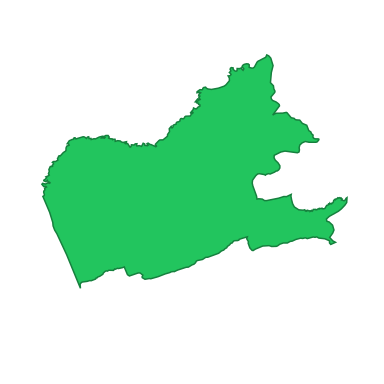 Madimba, Bas-Congo, Democratic Republic of the Congo, rotated 68°
{"feature_id": "63176286B8336769847246", "entity_name": "Madimba", "entity_type": "district", "adm_level": 2, "iso_a3": "COD", "parent_name": "Democratic Republic of the Congo", "parent_adm1": "Bas-Congo", "projection": "equal_earth", "projection_center": [15.601, -5.373], "detail": "fine", "context": "isolated", "style": "filled", "palette": "green", "viewbox_px": 384, "rotation_deg": 68, "n_neighbors": 0, "source": "geoboundaries", "source_scale": "gbopen_adm2", "svg_char_len": 5968}
<svg xmlns="http://www.w3.org/2000/svg" viewBox="0 0 384 384"><g transform="rotate(68 192 192)"><path d="M99.9,140.1L99.5,141.9L99.9,143.1L100.7,143.6L101.0,144.4L100.1,146.3L100.9,149.7L101.8,150.2L102.3,147.6L103.3,146.8L103.9,148.8L105.3,149.8L106.1,148.8L107.0,150.2L109.3,149.8L109.3,151.3L108.2,151.3L107.8,151.8L109.5,154.9L110.0,153.0L110.6,154.4L111.4,154.0L112.2,152.7L113.3,153.1L114.3,152.0L115.4,152.5L115.6,154.8L116.5,156.5L116.3,157.5L114.7,159.1L115.9,159.9L118.3,164.2L118.2,161.6L118.7,161.3L119.2,161.8L119.6,163.5L120.9,165.1L119.4,169.4L119.5,170.3L120.8,172.0L120.8,173.0L120.0,173.9L119.8,174.9L120.3,175.8L121.6,176.5L121.9,178.4L121.5,179.5L122.1,180.8L123.2,181.4L122.9,183.5L123.3,184.8L124.2,184.9L125.1,186.0L124.9,186.7L123.4,186.7L124.8,189.4L127.6,190.2L129.5,193.1L131.1,193.9L132.8,199.4L131.7,202.3L132.0,203.6L134.0,208.0L134.8,208.4L135.7,207.7L136.3,207.8L136.5,208.6L132.7,212.2L132.1,213.2L130.3,214.3L130.2,215.2L130.4,215.7L132.2,215.2L132.4,216.0L131.1,218.3L129.7,217.9L128.5,219.0L130.8,221.7L129.3,223.4L128.7,225.9L128.0,226.0L126.6,225.0L126.1,226.6L126.7,228.2L125.5,230.5L127.1,231.6L127.3,232.3L126.9,232.8L123.0,233.5L122.2,235.7L121.7,235.9L121.6,234.4L120.8,233.9L120.2,237.4L119.2,238.7L117.8,239.4L116.5,241.8L116.3,244.2L114.3,243.6L113.7,244.9L113.7,246.1L112.8,246.1L112.1,247.7L110.8,249.1L110.0,248.2L108.2,248.6L107.3,250.8L107.5,251.6L107.3,253.0L108.1,253.1L109.0,252.3L109.3,253.2L108.5,254.0L108.0,255.6L107.3,254.5L106.7,254.4L106.3,257.5L106.6,261.7L105.9,262.8L105.6,265.8L104.5,265.6L103.9,267.4L102.1,267.1L101.9,268.4L102.8,269.8L100.8,271.0L100.0,272.2L99.3,279.5L98.9,280.3L97.9,280.1L97.6,281.0L98.7,282.5L98.4,283.4L98.5,286.6L100.5,289.6L101.2,288.4L102.6,288.4L102.6,291.0L104.0,292.3L106.1,293.2L106.7,293.9L107.2,296.5L109.2,300.6L108.6,301.6L109.0,302.5L109.7,302.7L110.4,304.1L112.2,304.4L112.6,307.0L111.8,309.2L112.3,310.4L113.3,309.7L114.2,309.9L114.9,311.5L115.9,311.6L116.0,312.4L115.5,312.8L115.3,313.9L117.6,316.3L119.4,316.6L121.3,318.3L122.8,318.0L123.2,319.5L123.2,321.8L124.2,321.4L125.1,323.0L125.5,324.9L126.0,325.2L127.7,323.6L127.0,321.7L128.6,321.7L129.6,320.4L130.3,320.2L130.5,321.1L129.8,321.6L129.6,322.6L129.7,325.0L128.0,327.2L128.6,328.3L131.5,327.4L132.1,325.3L132.9,325.0L133.4,327.3L134.9,327.6L135.7,329.1L136.6,329.6L139.2,329.9L140.0,330.5L140.2,331.9L157.5,331.6L168.1,332.5L171.4,333.5L175.9,333.6L180.1,332.9L203.4,331.7L239.5,331.5L235.6,330.3L234.5,328.5L234.4,327.3L235.6,322.7L235.8,320.1L236.5,318.7L236.6,314.0L235.9,313.3L236.1,312.3L235.5,311.1L235.6,309.2L234.9,305.5L233.9,304.5L233.0,302.1L233.1,300.9L233.7,300.0L233.4,298.4L235.3,294.1L234.4,292.6L234.9,292.0L234.8,289.7L235.4,288.9L236.1,284.9L236.1,282.9L244.5,282.8L246.4,281.5L246.9,272.2L247.7,270.4L250.7,268.7L252.0,270.1L252.8,270.2L255.3,268.3L256.2,264.1L257.0,262.7L257.8,255.2L257.9,247.5L258.4,242.7L258.2,241.5L258.7,239.1L259.2,238.4L259.0,234.6L259.6,225.6L260.3,223.5L259.6,219.2L259.7,217.3L258.9,215.2L257.7,213.9L257.6,212.5L258.5,207.5L257.7,203.7L258.4,201.8L258.8,190.2L257.7,186.8L257.7,184.3L257.0,182.9L256.7,180.7L255.7,179.5L255.1,177.0L254.1,175.2L254.3,173.9L253.1,171.9L253.1,170.8L254.1,167.9L254.2,166.6L253.6,166.0L253.7,163.7L254.3,157.5L255.8,158.8L259.2,158.3L260.5,159.1L265.6,159.3L268.6,158.2L269.2,157.3L268.7,154.5L268.6,146.7L270.6,140.6L272.4,138.5L274.0,134.1L274.0,132.9L273.3,130.1L273.5,126.3L275.0,122.6L274.6,119.5L275.1,117.4L274.9,113.5L275.5,108.6L276.6,106.7L276.9,104.1L278.4,102.6L279.1,96.5L280.1,94.9L280.3,93.2L282.2,91.7L285.1,86.4L288.7,82.8L290.8,83.6L292.6,83.0L292.4,77.8L290.1,79.7L285.7,81.4L282.8,76.9L280.4,74.6L275.4,74.1L271.1,76.1L269.7,77.9L267.4,77.5L266.0,73.8L264.7,63.5L263.6,59.8L261.5,55.2L259.7,52.5L255.3,50.4L255.6,51.6L256.7,52.7L257.1,54.3L255.9,55.7L255.3,55.6L255.3,56.0L254.7,55.4L253.8,56.4L253.4,56.1L253.2,56.7L252.6,57.0L252.7,57.8L252.1,58.7L252.4,58.8L252.2,59.4L252.6,60.5L252.3,61.7L252.8,62.2L252.4,62.4L252.9,63.8L254.5,64.9L255.2,66.9L254.7,67.0L254.8,68.5L254.5,68.1L254.6,68.6L254.2,68.6L254.6,69.0L254.2,69.7L254.7,69.8L255.1,71.9L254.9,72.2L257.0,74.9L256.9,76.2L256.3,77.5L255.7,77.5L255.6,78.8L254.9,80.0L255.4,80.3L254.8,81.4L255.2,82.1L255.1,83.3L254.5,83.7L254.6,84.3L254.2,84.5L253.6,86.0L254.5,87.1L254.2,87.1L254.4,88.5L253.9,88.4L254.1,89.5L253.8,89.3L252.9,91.4L252.3,91.5L252.1,92.4L252.3,92.9L252.5,92.6L252.6,93.2L252.1,93.2L252.0,94.0L250.7,94.1L250.5,95.8L248.5,99.7L244.2,102.7L240.6,103.1L236.7,102.6L232.8,101.8L231.4,100.9L231.7,106.1L230.6,108.5L230.2,113.9L227.9,126.2L227.1,128.0L224.9,129.5L223.3,132.6L222.9,134.4L220.0,133.7L209.1,133.3L206.3,132.8L203.7,131.4L200.7,126.7L199.9,124.4L200.3,122.6L203.0,118.3L203.9,117.7L203.5,116.5L203.6,114.3L204.6,112.8L204.5,108.0L204.1,106.3L204.4,104.9L203.9,103.2L202.7,101.6L200.6,100.7L197.2,101.3L193.6,102.9L191.0,103.1L188.8,102.0L188.2,94.7L188.9,90.5L195.1,79.6L195.0,77.8L193.2,76.6L191.1,76.1L188.8,74.4L187.7,71.4L187.6,68.1L189.8,64.7L192.3,58.5L192.4,57.1L191.1,54.8L190.5,54.6L190.0,55.1L188.9,57.8L187.7,59.1L186.3,59.3L184.6,58.4L182.6,59.4L180.9,59.3L178.8,60.7L173.1,60.6L169.7,64.0L165.7,65.2L164.2,68.3L163.4,69.2L162.0,69.7L160.3,72.2L154.1,74.2L153.5,74.8L152.8,78.6L150.6,84.1L150.5,86.0L150.9,88.4L144.9,78.6L143.5,78.4L142.0,79.1L139.9,80.4L137.3,83.0L135.7,83.5L133.5,83.2L130.7,78.0L129.6,77.3L127.1,77.5L124.0,76.7L120.0,78.3L111.0,73.7L105.2,69.5L97.4,68.8L94.6,69.8L92.9,71.3L94.7,73.2L95.5,82.0L96.0,83.1L99.6,87.4L99.9,88.8L99.7,89.9L97.9,92.3L95.5,91.3L94.3,91.9L93.5,93.6L93.2,95.9L93.5,97.3L94.3,98.5L97.3,97.8L98.3,99.1L96.8,99.8L95.4,99.7L95.4,101.8L94.4,103.9L96.4,104.8L96.5,105.9L96.1,106.6L93.9,107.9L92.3,107.4L91.4,108.9L91.6,109.9L92.5,110.7L94.3,110.6L95.2,112.6L96.9,111.8L97.8,111.8L98.4,113.2L97.9,115.0L100.3,114.7L102.8,115.6L105.3,120.2L105.9,122.4L105.6,128.7L104.2,135.5L102.6,138.4L101.3,139.7L99.9,140.1Z" fill="#22c55e" stroke="#15803d" stroke-width="1.5"/></g></svg>